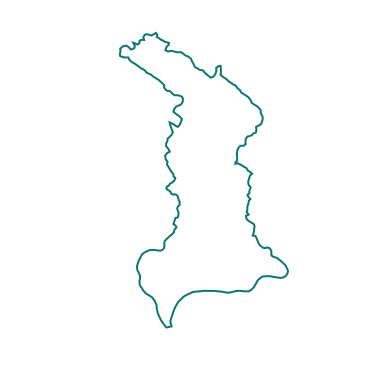 Igrapiúna, Bahia, Brazil (Natural Earth projection), rotated 111°
{"feature_id": "56859067B23298500408343", "entity_name": "Igrapiúna", "entity_type": "district", "adm_level": 2, "iso_a3": "BRA", "parent_name": "Brazil", "parent_adm1": "Bahia", "projection": "natural_earth1", "projection_center": [-39.239, -13.883], "detail": "fine", "context": "isolated", "style": "outline", "palette": "teal", "viewbox_px": 384, "rotation_deg": 111, "n_neighbors": 0, "source": "geoboundaries", "source_scale": "gbopen_adm2", "svg_char_len": 3974}
<svg xmlns="http://www.w3.org/2000/svg" viewBox="0 0 384 384"><g transform="rotate(111 192 192)"><path d="M327.6,167.3L324.8,162.9L322.5,164.6L320.3,166.0L316.6,166.2L309.4,166.6L304.5,166.3L299.6,165.4L292.5,162.2L289.1,159.3L285.0,155.3L281.9,149.2L280.0,145.5L276.3,135.5L274.5,129.0L273.7,124.8L273.2,122.4L271.2,118.9L268.7,115.4L267.4,112.8L265.9,107.3L264.3,103.4L261.9,101.4L258.6,100.1L254.9,99.5L251.3,99.1L248.7,97.9L246.0,96.3L244.5,93.6L242.9,89.9L242.4,87.5L242.0,85.2L240.5,78.5L238.9,76.0L236.7,74.3L233.9,73.7L231.5,73.9L229.7,75.5L227.2,78.1L226.0,80.7L224.6,84.2L223.1,88.9L223.3,92.4L222.8,95.1L220.8,95.9L218.3,97.0L216.7,99.2L216.7,102.1L218.2,103.3L218.6,105.7L217.4,109.6L215.7,111.7L213.8,113.6L211.8,115.2L210.4,117.1L210.9,119.7L207.6,119.8L204.4,120.7L201.3,121.4L199.9,122.8L199.3,125.6L198.8,128.5L197.8,131.3L194.9,133.0L192.8,131.0L191.1,133.8L188.7,133.9L186.3,135.0L183.2,135.2L179.7,135.8L177.6,134.9L176.5,137.4L175.0,139.2L172.5,138.0L170.8,138.8L168.9,138.8L166.5,139.0L165.0,141.8L162.1,143.3L158.8,143.6L155.6,143.7L153.4,142.4L152.5,144.8L152.1,147.3L150.2,149.7L149.9,152.3L149.4,154.4L149.0,156.7L148.8,159.6L150.2,161.6L148.5,162.0L146.5,161.1L143.9,162.1L140.7,163.7L136.6,164.6L133.8,164.4L131.6,163.4L130.1,160.1L128.0,159.1L125.9,160.1L123.0,160.8L120.3,160.1L118.9,157.9L117.2,156.4L115.3,155.6L113.6,153.7L110.8,154.2L108.1,155.5L106.4,153.8L104.2,151.9L102.0,151.9L100.2,151.9L97.8,152.3L95.8,153.6L94.6,155.2L93.1,156.4L91.1,157.1L89.5,159.8L88.5,162.3L88.1,165.1L87.3,168.3L85.0,170.5L83.4,173.1L82.5,176.5L81.9,179.9L81.3,182.0L79.7,183.8L78.9,186.6L77.1,189.3L76.8,192.8L76.0,194.9L75.7,197.1L74.9,198.9L74.0,200.9L73.8,202.9L73.2,205.0L72.4,207.3L69.2,208.1L64.0,210.5L65.2,212.4L67.2,213.9L70.4,212.6L73.7,212.5L76.7,213.3L78.5,215.3L77.6,218.4L76.8,220.8L75.8,223.3L74.6,225.1L75.1,229.0L74.6,231.6L74.3,234.1L72.2,236.1L70.1,238.7L67.9,240.8L66.9,244.5L66.9,247.3L65.9,250.1L65.4,252.3L66.3,254.4L67.1,256.8L67.2,259.1L67.6,261.9L69.4,264.6L69.1,267.7L65.8,267.8L63.2,266.6L61.0,266.9L61.5,270.8L61.0,273.4L60.9,275.7L60.2,278.1L59.9,280.4L57.5,280.8L56.4,282.7L58.5,284.3L60.4,285.8L60.6,288.2L61.0,291.3L62.7,292.6L65.1,292.8L67.2,291.2L68.0,293.6L69.5,295.1L71.6,294.4L73.8,295.4L73.6,297.8L73.7,300.3L75.6,298.1L77.8,297.3L79.8,298.5L80.9,300.3L79.5,302.8L78.9,305.4L80.0,307.9L81.7,309.3L84.2,310.3L86.4,309.1L88.8,308.9L90.8,307.8L90.9,305.0L90.0,301.6L89.2,299.5L90.8,298.1L92.2,295.1L92.6,292.5L93.0,290.0L93.9,286.7L94.7,284.3L94.8,282.1L95.4,279.5L96.8,277.2L97.0,274.7L97.1,272.3L98.2,269.4L98.8,266.0L99.2,263.6L100.9,259.3L102.3,256.1L104.4,255.6L106.0,253.1L106.4,251.1L105.7,248.7L107.1,245.9L108.0,243.1L107.1,240.9L106.5,238.4L106.6,235.6L107.9,234.0L111.1,233.0L114.4,233.7L116.3,235.8L118.0,237.4L121.0,238.4L123.7,238.1L125.0,234.5L125.8,230.9L127.5,227.5L130.3,227.4L134.2,227.7L136.3,228.6L136.0,231.0L135.3,233.8L135.1,237.8L137.3,236.3L139.0,234.8L140.7,233.5L142.6,231.5L144.6,231.2L146.6,231.9L148.9,232.8L151.0,233.9L153.4,233.2L155.9,233.5L158.5,232.6L160.6,229.0L162.4,227.2L164.4,229.1L167.7,230.1L170.9,228.3L172.5,225.7L175.3,225.2L180.8,218.0L182.1,215.7L184.1,214.9L184.8,212.6L187.8,212.6L190.2,213.9L192.1,215.5L194.1,215.9L196.0,217.5L198.3,217.0L198.8,214.7L199.3,212.3L201.0,210.9L201.2,208.8L200.1,206.4L200.7,204.1L202.2,203.0L203.9,201.8L205.7,200.0L208.5,198.9L210.6,200.0L212.7,200.0L214.9,198.1L217.3,196.6L220.7,196.1L222.3,198.1L225.5,198.0L228.6,197.9L229.2,195.3L230.7,193.8L233.3,194.9L236.4,194.5L239.5,195.9L241.8,197.3L245.3,199.0L247.8,199.9L250.2,199.4L252.8,198.1L255.8,198.3L257.9,200.1L258.9,203.1L259.6,206.7L261.1,210.0L262.8,212.2L265.9,215.0L268.3,216.3L274.8,217.1L278.6,217.0L281.6,216.7L284.3,215.1L287.2,212.1L289.1,210.3L291.0,209.6L294.0,209.1L297.4,207.6L301.5,202.0L303.1,199.2L304.6,191.7L307.0,187.8L310.0,184.8L313.9,182.9L317.6,180.3L319.6,178.4L323.3,174.4L325.7,170.9L327.6,167.3Z" fill="none" stroke="#0f766e" stroke-width="2"/></g></svg>